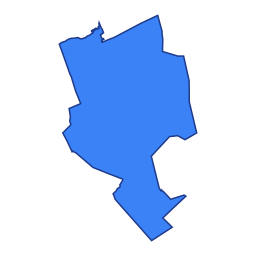 the district of Alpoyeca, Guerrero, Mexico
{"feature_id": "50627088B63024463665559", "entity_name": "Alpoyeca", "entity_type": "district", "adm_level": 2, "iso_a3": "MEX", "parent_name": "Mexico", "parent_adm1": "Guerrero", "projection": "natural_earth1", "projection_center": [-98.525, 17.633], "detail": "fine", "context": "isolated", "style": "filled", "palette": "blue", "viewbox_px": 256, "rotation_deg": 0, "n_neighbors": 0, "source": "geoboundaries", "source_scale": "gbopen_adm2", "svg_char_len": 1873}
<svg xmlns="http://www.w3.org/2000/svg" viewBox="0 0 256 256"><path d="M183.6,56.1L179.3,56.1L177.5,56.0L162.5,51.5L162.8,39.2L162.1,34.1L162.0,31.1L157.7,15.4L141.1,23.2L114.6,37.2L114.3,37.3L112.8,38.0L109.7,39.1L102.8,42.0L102.2,42.3L101.5,41.3L102.3,40.9L102.0,40.1L102.9,39.7L103.8,39.3L103.4,38.6L102.2,39.1L101.9,38.3L101.8,38.1L101.3,37.2L101.0,36.4L100.7,35.8L100.4,35.1L101.6,34.5L101.4,34.1L102.2,33.6L102.8,33.2L103.5,32.8L103.1,31.6L102.5,30.3L102.6,30.2L102.2,29.2L101.4,28.2L99.6,23.9L99.1,22.7L98.9,23.7L99.3,26.2L99.2,26.3L98.8,26.5L98.7,26.6L98.2,26.9L98.9,28.4L97.6,29.2L97.3,28.5L96.3,29.0L95.9,28.2L95.1,28.7L94.3,29.2L94.8,30.4L94.4,30.6L94.1,30.7L93.9,30.9L93.4,31.1L93.0,29.9L91.7,30.7L91.5,31.0L93.0,32.9L91.5,33.6L90.2,34.8L89.3,35.3L88.1,35.8L86.8,36.4L86.3,36.7L85.9,37.4L85.7,37.7L85.1,37.8L83.9,38.0L83.3,38.3L82.5,38.7L80.1,38.7L79.2,38.3L78.7,37.8L77.5,37.6L76.6,37.7L75.8,37.9L74.9,38.1L73.6,38.2L72.5,38.2L71.2,38.4L69.7,38.7L68.7,39.1L67.2,40.0L66.4,40.4L65.6,41.1L64.8,41.5L62.0,42.3L60.1,43.5L59.3,44.1L64.6,58.9L67.2,66.3L69.5,72.9L70.9,76.2L71.3,76.9L75.6,91.0L80.7,103.6L69.1,108.5L70.4,116.8L69.7,121.1L70.9,124.8L66.0,129.6L62.8,133.0L66.9,140.7L72.1,151.8L72.9,151.0L73.3,151.4L74.0,151.9L74.8,152.4L75.7,152.7L92.9,167.4L93.1,167.5L109.3,174.0L122.6,179.1L122.8,179.5L122.9,179.9L121.5,182.2L119.9,184.7L119.9,185.0L120.0,185.7L120.1,186.5L120.0,187.0L119.8,187.2L119.2,187.4L118.1,188.1L117.6,188.4L115.9,191.2L114.6,192.3L113.1,193.7L115.3,199.5L148.2,236.8L148.5,237.1L151.6,240.6L172.2,227.2L162.8,218.0L173.2,208.0L185.9,196.2L184.0,195.1L170.6,199.3L164.7,192.9L162.8,191.0L161.7,190.7L161.6,190.1L161.1,190.7L160.9,190.8L159.2,188.1L151.3,156.2L169.5,136.6L177.7,135.7L185.0,139.7L195.5,133.6L196.7,132.9L189.8,104.1L189.3,102.2L189.2,91.8L189.1,80.6L183.6,56.1Z" fill="#3b82f6" stroke="#1e3a8a" stroke-width="1.5"/></svg>